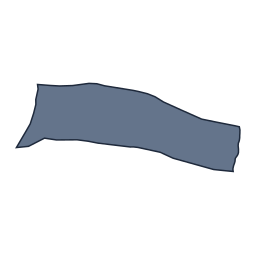 Kernoi, Western Darfur, Sudan, rotated 89°
{"feature_id": "16777658B31925406348154", "entity_name": "Kernoi", "entity_type": "district", "adm_level": 2, "iso_a3": "SDN", "parent_name": "Sudan", "parent_adm1": "Western Darfur", "projection": "equal_earth", "projection_center": [23.614, 14.984], "detail": "fine", "context": "isolated", "style": "filled", "palette": "slate", "viewbox_px": 256, "rotation_deg": 89, "n_neighbors": 0, "source": "geoboundaries", "source_scale": "gbopen_adm2", "svg_char_len": 967}
<svg xmlns="http://www.w3.org/2000/svg" viewBox="0 0 256 256"><g transform="rotate(89 128 128)"><path d="M145.6,239.9L144.6,227.8L136.7,211.7L138.7,199.7L138.9,179.1L140.5,168.2L142.6,158.3L147.0,126.1L147.0,122.9L147.6,118.4L152.8,96.3L159.0,83.4L171.0,43.1L172.2,33.2L173.3,23.6L171.9,23.8L170.5,23.8L168.7,23.4L167.2,23.0L165.2,22.2L163.2,21.6L161.2,21.4L160.2,21.2L159.4,20.7L158.0,19.6L156.4,18.6L154.5,18.0L151.1,17.9L149.8,18.0L147.7,18.2L145.8,18.0L144.9,17.9L144.5,17.7L144.3,17.6L143.6,17.3L142.3,16.9L139.8,16.5L136.7,16.4L136.2,16.3L134.2,16.2L133.5,16.2L132.0,16.1L130.9,16.3L129.7,16.5L128.7,16.7L127.5,21.6L127.2,23.1L123.5,40.3L120.4,54.2L116.9,61.7L110.8,74.8L102.6,92.1L97.3,100.3L94.1,107.9L91.7,116.8L90.5,122.1L85.4,150.7L83.2,158.4L82.7,166.2L84.6,182.6L84.8,195.7L84.1,205.1L82.9,217.7L87.5,217.2L98.0,219.7L102.8,219.7L111.7,222.1L122.2,225.7L129.4,230.0L132.5,231.9L145.6,239.9Z" fill="#64748b" stroke="#1e293b" stroke-width="1.5"/></g></svg>